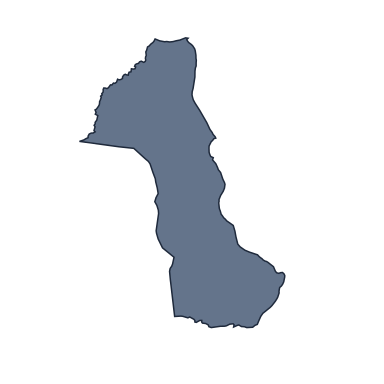 São João do Araguaia, Pará, Brazil, rotated 54°
{"feature_id": "56859067B47376797369085", "entity_name": "São João do Araguaia", "entity_type": "district", "adm_level": 2, "iso_a3": "BRA", "parent_name": "Brazil", "parent_adm1": "Pará", "projection": "equal_earth", "projection_center": [-48.731, -5.441], "detail": "fine", "context": "isolated", "style": "filled", "palette": "slate", "viewbox_px": 384, "rotation_deg": 54, "n_neighbors": 0, "source": "geoboundaries", "source_scale": "gbopen_adm2", "svg_char_len": 3092}
<svg xmlns="http://www.w3.org/2000/svg" viewBox="0 0 384 384"><g transform="rotate(54 192 192)"><path d="M65.3,104.8L63.5,106.6L62.6,110.0L62.0,112.4L60.4,115.8L59.2,118.9L57.5,121.9L55.4,124.0L54.4,125.8L50.7,129.3L46.5,131.9L47.7,134.2L48.1,135.8L48.1,138.1L48.7,141.1L48.5,142.7L50.6,145.3L51.5,147.0L54.7,148.8L55.4,150.1L56.7,151.3L58.0,151.8L58.9,153.1L58.8,154.8L56.3,156.2L55.9,158.0L56.5,159.7L55.9,161.1L55.6,162.9L56.6,164.6L57.7,164.1L58.8,165.6L58.1,167.2L56.7,168.6L58.9,170.7L58.1,172.5L58.9,173.8L60.0,174.8L58.8,176.1L57.5,176.8L57.3,178.6L58.1,180.6L59.3,181.5L59.2,183.3L58.4,185.1L57.0,185.9L58.8,188.5L58.8,190.5L57.7,191.5L58.3,193.9L57.4,195.0L58.5,198.3L58.4,200.0L57.1,200.9L56.0,202.2L56.8,203.6L58.0,204.4L59.0,205.4L59.4,207.2L60.6,207.6L60.8,209.6L62.1,209.8L63.8,212.2L64.5,213.6L65.8,214.6L66.9,215.7L67.6,217.1L68.8,220.6L68.6,222.2L71.2,222.8L72.2,224.5L74.8,223.3L77.9,226.8L78.7,229.4L79.9,230.2L80.5,232.0L82.3,232.1L84.7,235.2L86.4,235.0L86.2,237.3L85.1,238.9L84.7,241.1L85.7,243.2L87.0,244.1L86.5,246.4L86.3,248.9L84.9,253.3L112.4,224.6L122.5,213.4L123.6,213.2L138.0,210.2L141.6,209.3L144.6,209.4L153.5,212.2L159.7,213.9L162.5,215.4L168.2,217.7L173.4,220.3L175.4,224.4L178.0,227.8L182.2,228.3L186.9,229.9L189.8,231.7L202.3,243.8L204.4,244.9L208.2,246.3L210.2,247.0L219.9,248.7L225.1,247.3L234.2,244.9L238.8,250.0L240.1,252.0L241.0,254.6L243.0,256.8L250.8,261.4L252.8,262.5L282.5,279.2L285.0,275.3L285.9,273.9L287.2,272.5L291.4,269.3L291.8,267.3L296.1,265.3L297.6,265.2L298.9,266.1L300.0,265.2L300.5,261.2L301.6,259.6L303.0,260.6L304.2,260.6L306.5,258.2L309.0,257.0L310.9,257.5L313.0,256.1L317.3,248.0L319.8,244.4L320.5,242.8L321.1,239.2L322.8,236.2L324.1,236.0L325.7,237.7L326.5,233.9L327.1,232.3L329.9,231.1L331.8,228.8L333.9,227.4L337.1,222.4L336.9,219.4L337.5,217.0L335.9,214.4L333.1,209.6L332.5,208.0L331.8,206.0L331.3,196.5L330.9,194.1L329.9,190.6L329.3,188.6L328.2,185.9L327.5,184.5L324.9,180.9L323.5,180.0L322.0,178.5L320.8,177.2L320.6,174.9L319.9,172.9L318.6,170.6L315.2,166.9L314.0,166.0L312.2,165.7L310.3,166.1L309.4,167.6L308.8,169.6L307.1,171.0L305.0,171.1L300.3,170.0L293.6,171.9L292.1,172.5L290.7,173.6L288.7,174.4L287.0,174.6L285.9,175.0L284.0,175.6L281.3,175.9L279.4,177.3L276.7,179.2L274.5,180.8L270.2,183.4L264.7,185.3L261.1,185.6L254.1,182.8L248.9,180.3L243.3,178.3L235.7,180.9L233.7,181.0L231.5,181.5L228.6,181.4L227.2,181.5L224.0,180.3L222.4,179.9L221.1,179.4L216.4,176.7L215.5,175.6L214.0,174.6L211.6,170.8L209.8,166.4L208.0,163.5L205.2,160.8L203.5,160.2L199.7,159.5L193.0,157.4L189.4,157.6L187.5,157.0L183.1,156.1L178.1,156.5L176.7,154.6L174.3,156.0L171.9,155.5L169.9,154.8L166.4,152.4L164.8,151.1L162.6,146.9L162.4,144.9L161.7,143.2L162.4,141.1L160.8,140.8L157.8,141.1L155.7,140.7L151.9,140.7L144.8,139.3L130.6,137.8L121.9,137.3L118.2,136.8L115.7,135.9L113.4,134.9L111.0,132.9L108.8,130.2L100.7,122.1L95.9,118.5L93.6,116.3L92.5,114.6L89.9,112.7L88.0,111.1L86.2,110.2L83.6,108.4L79.7,106.4L77.8,105.7L74.2,105.5L72.3,105.8L69.2,106.8L67.5,106.9L65.6,106.7L65.3,104.8Z" fill="#64748b" stroke="#1e293b" stroke-width="1.5"/></g></svg>